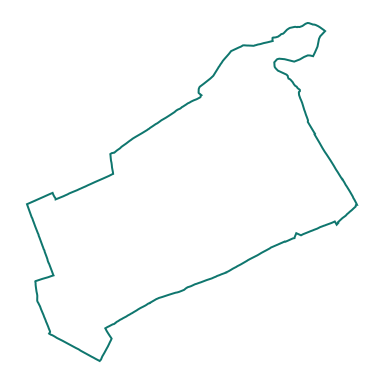 outline of Mircesti, Iasi, Romania
{"feature_id": "2599482B37092183120791", "entity_name": "Mircesti", "entity_type": "district", "adm_level": 2, "iso_a3": "ROU", "parent_name": "Romania", "parent_adm1": "Iasi", "projection": "albers", "projection_center": [26.855, 47.067], "detail": "fine", "context": "isolated", "style": "outline", "palette": "teal", "viewbox_px": 384, "rotation_deg": 0, "n_neighbors": 0, "source": "geoboundaries", "source_scale": "gbopen_adm2", "svg_char_len": 5871}
<svg xmlns="http://www.w3.org/2000/svg" viewBox="0 0 384 384"><path d="M270.8,247.6L284.8,241.5L285.1,241.8L286.4,241.3L287.6,240.8L292.9,238.4L294.5,238.1L294.8,236.8L295.5,235.2L296.3,233.2L301.0,235.3L303.1,234.2L308.6,232.0L310.5,231.2L312.7,230.4L314.1,229.8L315.7,229.2L317.3,228.6L320.2,227.1L322.7,226.2L323.6,225.8L324.7,225.5L325.9,225.0L331.4,223.0L332.8,222.4L334.8,221.5L336.7,224.7L338.3,222.9L337.9,222.3L339.4,220.9L342.4,218.1L345.3,216.0L346.0,215.4L346.9,214.3L348.8,212.7L349.6,211.9L350.1,211.5L351.7,210.2L353.7,208.3L355.7,206.5L355.7,205.9L355.9,205.1L356.6,204.8L357.0,204.8L356.5,203.7L354.3,199.5L353.4,198.1L352.8,196.6L349.7,191.2L346.6,186.2L345.8,185.1L345.3,184.2L344.2,182.1L343.6,181.3L343.1,180.2L342.4,179.1L342.2,179.3L340.4,176.5L337.7,172.1L336.1,169.7L335.4,168.5L333.9,165.9L330.5,160.4L328.8,157.8L326.7,154.6L324.7,151.7L323.6,149.9L322.5,148.1L319.4,142.6L314.9,135.0L314.5,134.2L315.0,133.8L313.6,131.6L307.8,121.9L308.0,120.4L307.5,118.9L307.0,117.5L306.0,114.9L305.6,113.7L304.9,111.5L304.3,110.0L302.2,103.0L301.0,100.0L300.3,98.5L299.1,95.1L298.9,93.2L298.9,92.2L299.1,91.8L299.8,91.3L299.9,90.4L299.8,89.8L299.3,89.4L298.1,88.5L297.7,88.2L297.1,87.4L296.7,86.7L295.2,85.8L294.1,84.5L293.5,83.6L292.8,82.3L290.7,79.9L289.6,79.0L288.5,78.6L287.9,76.9L287.7,75.8L286.5,74.6L278.7,71.0L278.0,70.7L276.3,69.0L275.2,67.7L274.7,66.9L274.5,65.8L274.5,65.1L274.4,63.9L274.3,62.3L275.1,61.5L276.0,60.4L277.2,59.2L279.2,58.7L284.6,59.2L294.2,61.6L299.9,59.4L304.0,57.0L307.8,55.4L310.1,55.5L313.1,56.2L315.0,52.3L317.5,46.6L319.0,38.9L320.2,36.3L325.1,31.1L323.9,30.1L322.5,29.1L320.0,27.3L318.2,26.2L315.5,24.9L315.0,24.8L314.4,24.6L312.7,24.5L312.1,24.2L308.9,23.1L307.6,23.0L305.5,23.8L302.4,26.0L299.6,27.0L297.7,26.9L297.3,27.1L296.8,27.1L295.1,26.8L292.7,27.3L289.9,27.9L288.8,28.5L286.9,29.8L285.3,31.5L284.7,32.1L284.2,32.7L283.4,33.4L283.0,33.7L281.4,34.1L281.2,34.2L280.8,34.5L279.9,35.4L279.0,35.9L278.6,36.3L278.1,36.6L277.5,36.8L276.3,37.2L275.4,37.4L274.3,37.5L273.6,37.5L273.1,37.6L272.6,37.8L272.5,38.2L272.5,40.0L272.7,41.0L267.5,42.3L263.7,43.1L260.3,44.1L258.0,44.5L255.4,45.3L254.7,45.4L254.1,45.7L253.4,45.8L250.1,45.6L246.7,45.5L244.1,45.3L242.9,45.4L241.0,46.6L238.8,47.5L231.1,51.1L229.0,53.8L227.0,56.1L224.6,58.8L222.9,60.8L221.5,63.0L220.8,63.9L219.7,65.6L219.2,66.5L218.7,67.0L218.1,68.1L213.3,75.8L210.4,78.5L208.5,80.0L203.7,83.8L199.7,86.8L199.4,87.5L199.1,88.0L198.8,88.8L198.7,89.3L198.7,89.9L198.6,91.7L198.6,92.6L198.7,93.0L198.9,93.2L201.3,95.1L200.9,95.3L200.7,95.6L200.7,96.6L200.6,96.8L200.4,97.1L200.1,97.4L196.9,99.1L196.5,99.3L196.2,99.4L193.6,100.4L191.1,101.6L189.5,102.6L187.9,103.3L187.0,103.9L186.5,104.3L185.7,104.8L182.6,106.8L181.9,107.1L181.7,107.3L181.4,107.6L180.7,108.2L180.3,108.5L179.2,109.0L177.6,109.7L177.0,110.1L176.2,110.6L174.5,112.1L173.0,113.1L169.2,115.6L165.9,117.7L162.6,119.6L161.5,120.2L160.3,121.1L157.7,123.0L156.9,123.5L155.7,124.1L153.1,125.9L152.2,126.5L149.9,128.0L149.4,128.5L149.0,128.8L147.9,129.4L147.5,129.8L142.1,133.1L135.9,136.7L132.9,138.5L130.5,140.3L129.7,140.8L128.8,141.5L126.2,143.5L122.2,146.3L121.3,147.0L120.0,148.3L117.1,150.3L115.3,151.8L114.9,152.2L114.4,152.6L114.2,152.5L113.5,152.8L111.6,153.2L110.3,154.1L110.5,155.3L110.7,157.7L111.0,160.6L111.5,162.8L111.8,165.1L112.0,167.4L113.0,172.6L113.1,173.9L112.7,174.0L109.2,175.8L102.7,178.7L95.1,182.0L90.3,184.2L87.8,185.3L86.2,186.1L79.4,189.1L77.1,190.2L72.9,191.9L69.3,193.4L67.5,194.4L65.2,195.4L63.5,196.2L55.6,199.4L55.5,198.7L55.3,198.0L54.4,196.8L53.3,194.7L52.6,192.9L49.7,194.1L43.7,196.8L27.0,204.2L31.7,217.3L32.2,218.1L32.7,219.5L33.1,220.8L33.5,221.7L35.2,226.4L37.9,233.3L38.3,234.1L38.5,234.5L38.7,235.7L39.5,237.6L42.7,246.4L43.0,247.1L43.7,249.2L43.9,249.5L44.3,250.2L44.6,251.1L44.6,251.5L44.8,252.1L45.0,252.6L45.6,254.2L46.1,255.5L47.0,258.0L47.4,259.1L47.7,260.6L48.3,262.2L48.6,263.0L48.9,263.3L51.9,271.2L53.1,274.5L53.5,275.4L52.8,275.6L50.7,276.3L48.2,277.2L42.6,278.8L36.3,280.9L35.8,281.0L35.4,281.2L35.3,281.5L35.6,283.3L35.6,284.7L35.8,286.5L36.1,288.7L36.5,291.5L36.8,292.9L37.1,294.3L37.3,295.8L37.2,300.3L37.3,301.0L37.5,301.5L37.9,302.4L38.6,303.4L38.8,304.0L39.1,304.6L39.6,305.5L40.2,306.8L40.7,308.3L41.2,309.6L43.5,315.0L44.1,316.7L45.5,320.0L46.1,321.8L46.5,322.6L48.3,327.0L48.7,328.2L49.7,330.6L50.0,331.4L50.1,332.0L49.1,333.6L50.9,334.7L52.3,335.2L54.8,336.6L56.8,337.9L62.4,340.7L76.3,348.2L78.6,349.3L80.5,350.6L82.5,351.7L84.5,352.8L91.8,356.8L93.4,357.6L95.5,358.8L99.7,361.0L100.2,360.3L101.0,359.6L101.5,358.3L102.3,356.4L104.3,353.0L106.9,348.2L108.1,346.1L108.2,345.7L108.6,345.0L109.0,344.2L109.2,343.7L110.2,341.6L110.8,340.5L111.6,338.6L111.1,337.8L109.8,335.9L107.8,332.8L106.7,331.0L105.3,328.3L107.7,326.9L108.8,326.4L112.6,324.4L113.2,324.2L113.9,324.1L115.5,323.0L115.5,322.8L115.7,322.7L116.8,321.8L118.0,321.2L120.4,319.6L121.6,319.1L122.7,318.4L124.2,317.6L126.5,316.4L127.6,315.6L129.7,314.5L131.3,313.5L132.2,313.1L133.4,312.3L136.3,310.6L137.1,310.1L138.1,309.4L140.5,308.0L141.7,307.4L143.3,306.6L145.4,305.5L146.4,304.9L147.8,303.9L148.3,303.6L149.1,303.4L149.8,303.1L149.7,302.9L151.4,302.0L151.9,301.7L154.3,300.3L156.5,299.0L157.4,298.7L158.8,298.0L162.2,297.0L166.1,295.7L168.5,294.9L172.3,293.7L175.6,292.7L177.3,292.4L179.0,291.9L181.8,290.8L184.2,289.8L185.8,288.4L187.0,287.7L187.4,287.3L188.5,287.0L190.9,286.2L193.9,284.8L194.4,284.5L195.8,284.0L196.3,283.9L199.3,282.8L200.6,282.4L206.6,280.1L211.8,278.4L212.7,278.0L213.5,277.6L216.0,276.6L216.8,276.1L218.4,275.5L219.3,275.2L221.4,274.3L226.1,272.6L226.0,272.4L228.5,271.3L229.3,270.8L230.2,270.3L232.8,268.7L235.1,267.5L236.3,266.9L237.3,266.2L239.1,265.3L241.0,264.3L247.2,260.7L247.7,260.3L249.9,259.1L257.4,255.3L259.6,254.0L261.4,252.9L264.0,251.5L266.1,250.4L268.3,249.2L269.8,248.4L270.8,247.6Z" fill="none" stroke="#0f766e" stroke-width="2"/></svg>